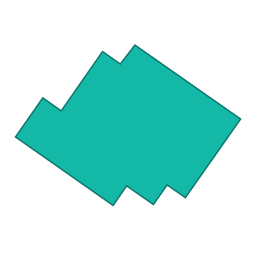 outline of Pushmataha, Oklahoma, United States of America, rotated 215°
{"feature_id": "52423323B78550164049948", "entity_name": "Pushmataha", "entity_type": "district", "adm_level": 2, "iso_a3": "USA", "parent_name": "United States of America", "parent_adm1": "Oklahoma", "projection": "equal_earth", "projection_center": [-95.422, 34.419], "detail": "fine", "context": "isolated", "style": "filled", "palette": "teal", "viewbox_px": 256, "rotation_deg": 215, "n_neighbors": 0, "source": "geoboundaries", "source_scale": "gbopen_adm2", "svg_char_len": 359}
<svg xmlns="http://www.w3.org/2000/svg" viewBox="0 0 256 256"><g transform="rotate(215 128 128)"><path d="M63.3,79.9L63.3,103.8L41.0,103.9L41.1,105.6L40.9,199.9L51.1,200.0L51.2,199.9L169.9,199.9L171.0,176.0L192.7,176.0L192.5,103.7L215.1,103.8L215.0,56.1L189.8,56.1L95.8,56.0L95.9,79.8L63.3,79.9Z" fill="#14b8a6" stroke="#0f766e" stroke-width="1.5"/></g></svg>